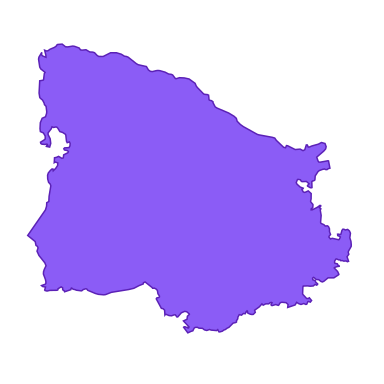 map outline of Baden-Württemberg (Mercator projection), rotated 93°
{"feature_id": "DEU-1573", "entity_name": "Baden-Württemberg", "entity_type": "State", "adm_level": 1, "iso_a3": "DEU", "parent_name": "Germany", "parent_adm1": "", "projection": "mercator", "projection_center": [9.433, 48.664], "detail": "fine", "context": "isolated", "style": "filled", "palette": "violet", "viewbox_px": 384, "rotation_deg": 93, "n_neighbors": 0, "source": "natural_earth", "source_scale": "10m", "svg_char_len": 5916}
<svg xmlns="http://www.w3.org/2000/svg" viewBox="0 0 384 384"><g transform="rotate(93 192 192)"><path d="M244.0,353.8L217.5,337.4L213.8,336.5L210.3,336.5L209.0,334.5L203.8,334.5L193.2,333.3L191.5,334.0L189.9,335.7L186.5,336.8L182.8,337.1L180.5,336.5L177.8,334.5L176.4,333.1L176.3,332.1L178.1,331.7L175.6,329.4L172.6,327.6L170.0,327.5L169.2,330.2L169.9,331.1L165.0,331.1L164.5,329.2L163.4,327.1L165.2,323.7L164.6,322.3L161.6,322.1L159.3,318.0L158.1,317.6L157.2,318.5L156.7,321.6L155.5,322.3L154.6,321.6L154.1,317.1L152.3,316.3L150.0,316.2L148.4,317.0L149.3,319.2L147.9,320.0L141.8,321.0L141.0,321.4L139.3,324.3L138.6,327.1L135.2,329.4L134.3,330.4L134.2,331.5L134.8,333.7L134.2,335.2L136.1,335.8L140.5,338.8L142.2,338.7L146.3,336.4L150.9,335.6L154.6,336.5L154.1,339.8L153.4,339.5L153.3,338.4L152.0,338.9L151.8,339.7L152.2,341.4L152.1,344.4L151.5,345.5L150.2,345.9L148.0,342.7L146.6,341.3L143.7,341.6L140.8,343.5L139.6,346.6L136.7,347.1L130.7,347.1L126.2,345.5L124.5,342.2L120.9,341.3L119.2,341.3L114.1,342.2L112.5,343.9L110.8,344.4L108.0,346.1L106.4,348.3L105.5,349.0L101.2,349.9L88.9,349.9L88.2,346.7L87.6,346.1L81.5,345.7L80.2,345.0L77.0,349.5L75.2,350.6L67.3,352.2L65.3,351.9L60.4,349.3L62.9,349.4L63.9,348.4L65.1,344.9L63.0,345.1L58.1,346.6L58.8,344.6L58.5,343.3L56.9,341.3L54.8,337.0L53.5,335.3L52.1,334.5L51.7,333.9L51.1,329.4L53.6,325.9L53.6,323.6L52.5,318.7L52.7,316.8L54.1,312.2L55.9,310.8L56.1,309.2L55.5,305.3L57.5,301.4L57.5,298.4L58.0,296.6L60.6,293.9L61.5,292.2L61.3,287.8L57.2,280.6L56.9,274.7L58.1,269.8L59.9,266.6L60.1,264.6L60.7,262.8L66.7,254.4L67.7,252.4L69.1,244.1L72.4,241.9L73.7,239.8L73.8,237.8L72.7,234.1L72.4,232.4L72.5,230.5L73.7,225.2L75.4,221.5L75.6,218.8L76.1,217.5L79.6,214.5L79.6,213.5L78.5,210.5L78.5,205.5L79.3,200.8L83.3,194.6L86.0,193.3L87.4,192.1L93.4,185.6L93.8,184.5L93.9,181.8L94.4,180.5L98.9,179.8L99.4,179.4L99.8,177.2L100.9,175.7L101.7,175.7L105.8,173.3L106.9,171.3L111.2,159.5L114.2,153.9L116.1,151.6L119.0,150.6L122.0,147.3L124.0,144.2L131.0,129.9L131.4,128.4L133.2,114.6L133.8,112.2L136.0,110.5L142.6,102.8L142.9,100.9L140.7,100.1L140.8,98.9L144.2,91.2L143.5,86.2L144.9,83.3L143.9,81.6L139.0,80.3L139.0,79.3L141.0,78.3L141.0,77.3L139.7,74.6L137.6,68.3L135.8,65.3L136.6,61.7L139.7,60.4L142.0,60.8L144.3,62.6L150.7,69.3L154.7,67.6L155.5,66.8L155.5,65.6L153.7,57.9L153.8,57.3L161.0,55.5L161.5,57.0L162.6,58.4L162.6,59.7L162.1,60.9L162.5,62.6L163.9,65.9L165.0,67.2L169.5,69.8L173.5,69.9L174.3,70.8L174.8,72.3L175.5,72.9L181.3,72.4L181.6,73.2L181.5,74.2L180.1,76.9L179.5,77.0L177.7,75.5L175.5,78.3L175.9,82.7L175.4,83.6L174.1,84.4L173.8,86.9L174.4,87.5L177.2,88.4L178.6,87.6L181.4,84.2L182.4,81.1L182.9,81.3L183.0,82.0L183.6,82.4L186.0,81.0L186.5,79.8L186.3,78.8L184.8,76.0L187.3,72.9L192.7,72.7L195.0,73.1L195.9,72.7L198.1,70.6L198.9,70.5L201.3,70.6L202.6,72.1L203.6,72.1L203.5,71.0L202.6,69.3L200.6,65.9L198.7,63.6L198.8,62.8L199.2,62.6L201.0,63.9L202.1,62.4L203.2,63.0L208.6,61.8L215.6,62.0L216.6,61.5L217.7,58.6L219.0,57.2L218.7,54.9L219.4,53.9L221.5,52.8L224.5,52.6L227.2,51.4L229.0,52.8L229.9,52.9L231.6,51.3L230.9,49.5L232.0,43.0L231.7,42.5L229.2,41.5L228.7,42.0L227.9,44.2L226.5,44.4L226.4,43.5L226.7,41.9L226.3,41.1L222.6,40.3L221.3,39.5L221.2,38.4L221.9,36.9L221.2,34.6L222.7,32.7L224.9,31.6L229.5,32.0L232.9,30.7L236.3,30.2L238.0,30.2L243.1,32.7L244.3,32.8L245.9,32.1L248.5,33.8L253.0,32.0L253.5,33.2L252.8,34.5L253.1,36.8L252.6,38.3L252.8,39.9L252.0,40.7L252.1,42.0L251.3,44.0L251.3,44.6L253.3,45.9L255.2,45.9L255.7,45.5L256.1,43.1L257.4,42.4L258.0,41.2L258.5,41.1L259.0,43.5L259.9,45.6L260.4,46.0L263.8,42.4L266.5,41.0L267.0,41.3L270.3,45.8L270.6,51.6L274.3,55.7L275.0,57.1L274.6,58.5L272.9,60.9L272.9,63.4L271.2,65.4L270.9,66.3L271.8,67.1L273.3,66.8L274.1,64.4L275.6,63.7L277.2,61.7L277.9,61.8L278.5,62.8L277.8,64.2L279.5,66.0L279.9,69.1L279.7,71.8L280.1,76.0L281.2,76.3L288.0,76.2L288.7,75.7L292.3,72.0L292.3,70.4L291.5,69.3L294.1,66.9L295.8,68.1L295.2,69.9L295.4,70.5L298.1,71.6L298.3,72.5L297.5,74.5L298.6,77.3L297.9,79.7L296.7,81.7L299.4,83.1L302.3,90.4L299.3,90.2L297.6,92.2L297.4,96.3L297.6,97.3L298.5,98.5L300.2,99.3L300.7,99.9L300.0,102.5L301.2,105.9L301.1,106.8L300.3,107.2L298.4,106.3L298.1,107.0L298.4,108.1L299.7,109.6L299.8,112.5L301.3,115.0L300.1,116.3L303.2,118.8L306.8,123.3L308.9,122.5L311.0,124.4L311.2,125.7L311.0,127.4L310.1,129.7L309.6,130.3L308.2,130.3L307.8,130.8L309.3,132.0L310.8,132.5L310.6,134.3L312.4,136.1L312.0,138.4L314.5,139.6L316.3,139.7L318.2,140.8L319.6,140.8L320.1,141.6L320.8,144.1L325.3,148.1L326.0,149.6L327.6,151.5L328.2,153.0L329.4,154.4L330.3,157.0L330.2,157.9L328.1,159.1L329.1,160.2L328.9,165.7L328.4,167.3L329.5,170.0L329.0,172.4L327.6,174.4L327.6,178.0L326.9,179.3L326.9,180.7L327.1,181.8L327.8,182.7L330.6,183.9L331.2,185.6L332.9,188.8L327.5,193.3L327.1,192.9L326.9,191.9L327.5,190.5L327.5,189.4L328.1,188.8L327.6,188.1L326.8,188.0L321.2,193.8L319.3,190.3L316.3,190.1L314.3,188.2L313.9,188.3L311.8,191.1L311.6,193.1L313.2,196.3L317.5,199.7L317.6,200.5L315.5,202.3L315.7,203.6L316.7,205.9L316.6,208.4L315.5,211.6L315.6,212.1L316.3,212.6L311.4,213.2L310.1,214.7L309.8,216.5L300.6,222.1L299.6,221.6L299.1,219.7L298.4,219.0L297.5,219.1L295.4,220.7L292.2,221.4L290.9,222.6L290.0,224.4L290.2,226.3L289.6,226.7L284.3,234.1L285.1,235.7L286.4,235.9L288.2,239.9L291.2,245.0L292.7,250.1L296.4,267.2L299.0,273.0L299.3,274.8L299.1,280.1L298.4,283.2L295.6,291.0L294.4,292.0L294.2,293.0L295.1,295.5L296.4,296.9L296.5,297.5L296.1,302.6L295.7,303.2L295.3,305.7L294.2,307.1L294.4,307.6L295.9,307.9L298.3,314.0L297.4,314.4L296.4,316.0L294.4,316.2L293.6,317.7L295.6,320.7L296.7,320.8L297.2,321.6L297.7,328.8L298.5,331.6L298.1,333.6L297.6,334.0L294.6,333.3L294.2,336.3L293.3,337.4L291.8,333.8L291.1,333.2L289.3,333.2L287.0,333.8L281.7,336.1L279.4,336.1L277.1,335.5L273.3,333.9L270.4,335.3L263.4,341.5L259.2,343.7L255.9,342.8L254.4,343.5L253.5,345.0L249.7,346.0L244.0,353.8Z" fill="#8b5cf6" stroke="#5b21b6" stroke-width="1.5"/></g></svg>